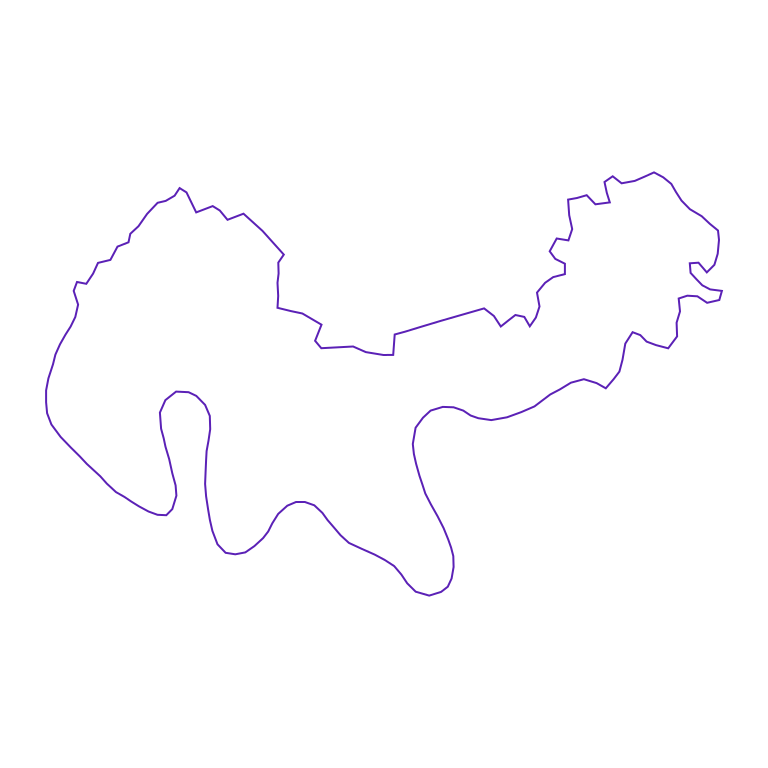 the district of Itá, Santa Catarina, Brazil
{"feature_id": "56859067B48629479075834", "entity_name": "Itá", "entity_type": "district", "adm_level": 2, "iso_a3": "BRA", "parent_name": "Brazil", "parent_adm1": "Santa Catarina", "projection": "albers", "projection_center": [-52.317, -27.249], "detail": "fine", "context": "isolated", "style": "outline", "palette": "violet", "viewbox_px": 768, "rotation_deg": 0, "n_neighbors": 0, "source": "geoboundaries", "source_scale": "gbopen_adm2", "svg_char_len": 2769}
<svg xmlns="http://www.w3.org/2000/svg" viewBox="0 0 768 768"><path d="M612.7,176.3L604.5,182.0L606.8,192.8L609.8,202.4L595.4,204.3L586.7,195.2L577.0,198.0L568.1,199.6L569.2,215.2L572.2,229.1L568.4,240.4L556.7,238.5L549.7,251.3L555.3,258.9L564.9,263.7L564.9,274.1L553.2,277.1L545.1,282.8L537.0,292.6L539.5,306.5L535.9,317.5L529.8,326.3L524.3,316.9L515.4,315.0L508.7,320.2L500.8,326.5L493.9,316.0L484.1,308.4L441.0,320.8L420.7,326.9L405.0,331.7L394.7,334.5L393.2,354.9L383.5,355.0L365.8,352.1L353.1,346.5L321.3,348.2L315.1,340.8L321.5,324.7L302.4,313.5L291.0,311.1L277.5,307.8L278.2,295.9L277.5,282.8L278.6,273.5L278.3,262.6L283.8,254.6L262.5,230.9L243.5,213.7L227.5,219.8L219.8,210.5L212.7,206.1L196.2,212.4L186.5,192.4L179.6,188.1L174.6,195.7L165.7,200.9L157.6,202.8L147.1,213.9L138.5,226.2L130.3,233.8L128.5,242.3L117.5,246.6L110.4,259.9L98.0,262.9L93.1,273.6L86.3,283.8L77.0,282.0L73.7,290.9L78.1,304.6L75.3,317.0L70.6,326.6L65.5,334.6L60.0,344.3L55.4,354.6L53.0,364.3L48.4,378.4L46.1,390.4L46.1,402.3L47.1,413.2L51.4,424.5L60.6,436.9L70.8,447.5L79.7,456.3L86.8,463.9L94.1,470.6L100.3,476.3L106.8,483.6L116.0,492.1L124.4,496.9L131.2,501.5L138.9,506.3L148.5,511.5L157.5,514.8L166.3,515.2L172.3,509.1L176.4,495.7L175.6,485.4L172.3,473.3L169.2,459.2L165.5,446.8L163.7,438.3L161.1,428.7L159.9,412.6L165.4,400.1L176.1,391.6L188.6,392.2L196.3,395.9L205.1,404.9L209.8,415.9L210.2,429.2L208.5,440.7L206.6,451.1L206.1,460.1L205.6,471.6L205.1,483.9L206.1,496.3L208.1,509.4L209.9,520.0L212.4,530.9L217.5,544.3L225.6,552.8L235.3,554.3L245.3,552.4L254.4,546.1L263.1,538.1L268.2,531.5L272.3,523.3L278.2,513.9L287.3,505.7L296.0,502.0L304.9,502.0L314.3,505.3L322.4,512.9L327.5,520.0L333.2,526.6L340.5,535.2L348.9,542.9L362.1,549.0L374.7,554.6L384.8,560.0L394.2,566.1L401.4,574.6L407.2,583.3L415.7,591.7L429.2,595.6L441.1,591.9L447.8,586.7L451.6,578.5L453.6,567.0L453.3,556.1L451.1,547.6L448.2,539.4L443.6,528.1L437.6,516.3L430.9,504.4L425.3,493.5L422.5,484.8L419.5,475.9L416.1,463.8L413.9,454.0L412.8,444.0L415.6,427.7L423.0,417.7L430.6,410.6L442.8,406.9L453.6,407.3L463.3,410.6L470.6,415.5L478.3,418.2L491.3,420.1L507.0,417.3L521.3,412.1L534.5,406.4L541.6,401.0L550.2,394.5L559.9,389.4L570.9,382.7L583.9,379.2L596.6,383.1L605.8,388.3L613.6,379.2L619.4,371.6L622.5,359.8L625.3,343.6L632.6,332.2L640.3,335.1L646.6,341.6L656.0,345.1L668.2,348.3L677.1,336.4L676.6,322.7L680.0,311.4L678.7,298.5L687.3,295.7L697.4,296.3L707.1,302.8L719.3,300.0L721.9,290.9L710.1,289.4L702.3,285.3L696.6,279.4L690.6,272.9L689.8,263.3L698.5,262.7L706.8,272.4L714.4,264.8L717.7,253.8L719.0,239.9L718.0,230.5L709.8,223.8L701.7,216.2L689.9,209.2L681.5,200.6L675.9,191.9L671.3,183.9L663.2,177.3L654.0,172.4L645.4,176.3L634.8,180.9L621.6,183.3L612.7,176.3Z" fill="none" stroke="#5b21b6" stroke-width="2"/></svg>